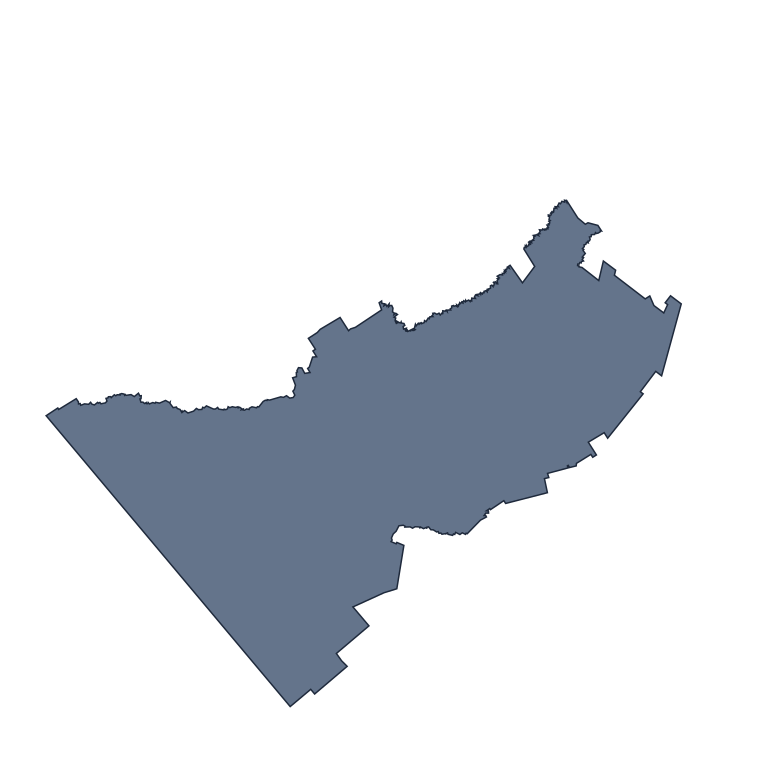 Brewarrina, New South Wales, Australia, rotated 230°
{"feature_id": "25037944B28138275471855", "entity_name": "Brewarrina", "entity_type": "district", "adm_level": 2, "iso_a3": "AUS", "parent_name": "Australia", "parent_adm1": "New South Wales", "projection": "natural_earth1", "projection_center": [147.252, -29.95], "detail": "fine", "context": "isolated", "style": "filled", "palette": "slate", "viewbox_px": 768, "rotation_deg": 230, "n_neighbors": 0, "source": "geoboundaries", "source_scale": "gbopen_adm2", "svg_char_len": 6171}
<svg xmlns="http://www.w3.org/2000/svg" viewBox="0 0 768 768"><g transform="rotate(230 384 384)"><path d="M386.6,639.2L406.5,641.8L405.7,640.9L407.4,641.4L408.8,640.4L407.2,639.3L409.6,637.7L408.6,635.1L410.1,634.5L408.8,631.4L407.8,631.5L409.3,629.7L408.0,629.3L409.5,628.8L408.4,628.2L409.3,627.1L406.7,624.5L406.8,623.5L408.1,623.6L407.7,621.4L406.8,621.8L406.1,620.3L407.9,618.5L406.8,617.7L405.8,618.5L403.8,616.0L402.4,616.4L402.7,614.9L401.5,615.0L400.5,613.9L401.0,612.9L399.9,612.7L401.0,611.0L398.3,610.6L398.7,609.3L397.6,609.3L399.2,606.9L398.2,607.0L398.8,605.8L400.8,605.1L400.3,604.0L402.2,602.2L400.4,601.6L400.0,599.8L399.0,600.0L400.0,598.1L398.4,597.8L400.1,597.0L401.7,594.1L400.2,594.6L400.5,593.2L399.0,592.4L398.8,590.7L398.0,590.8L398.9,589.5L397.8,588.3L399.6,587.9L399.7,586.5L397.7,587.2L398.8,585.7L397.0,585.7L397.9,584.4L397.1,583.8L397.3,582.0L398.6,582.2L397.5,581.0L399.0,581.0L397.8,579.8L398.4,579.1L397.5,577.9L377.2,575.0L372.5,555.1L393.9,556.9L394.1,554.8L392.2,554.3L394.2,553.5L393.0,551.8L393.6,550.8L392.2,550.1L393.5,549.4L391.6,548.7L392.7,548.1L391.4,547.1L392.7,545.7L391.4,544.9L393.2,543.3L393.8,540.0L391.2,540.5L391.8,538.6L390.7,539.0L390.6,537.2L387.6,535.5L388.7,534.5L389.3,535.6L390.9,534.9L390.6,533.9L392.1,533.0L390.1,533.2L388.8,531.3L389.5,530.7L388.8,530.2L390.5,530.0L390.8,528.6L388.9,527.1L390.0,524.3L388.4,524.7L389.8,523.5L388.3,522.3L390.0,522.0L390.7,520.1L389.6,519.4L390.3,518.3L389.7,517.3L391.3,516.9L390.5,515.8L391.9,516.2L391.5,515.1L392.9,512.7L391.4,512.6L393.4,511.3L392.6,509.3L390.8,509.0L393.4,506.4L391.2,504.5L392.4,503.9L391.8,503.0L393.9,502.8L394.5,500.2L395.7,500.4L394.7,499.0L396.5,498.6L396.0,497.8L396.8,496.8L395.5,496.4L396.7,495.8L396.6,494.1L397.6,494.2L396.8,492.8L396.1,493.3L396.9,492.2L395.9,491.0L397.8,490.6L396.3,489.8L397.9,489.2L398.5,487.6L399.4,487.8L400.2,485.9L398.8,484.9L399.0,483.0L397.8,482.7L400.2,479.7L399.0,479.0L400.7,479.0L400.5,477.7L402.3,476.1L399.7,473.9L401.1,474.2L400.7,471.4L402.9,471.7L403.4,469.3L405.8,468.4L406.8,466.8L405.7,466.4L405.5,464.7L404.2,464.8L406.0,462.4L404.9,460.6L406.1,460.3L404.8,456.3L406.5,455.8L405.2,454.2L405.9,452.1L406.7,452.1L406.4,451.2L407.6,451.0L407.2,449.2L408.5,449.3L407.9,446.1L409.6,446.5L407.0,442.9L407.3,442.1L405.6,442.8L405.8,441.3L406.8,440.2L407.7,441.3L408.3,438.9L407.1,438.2L408.4,438.4L408.9,436.1L411.0,436.8L409.4,435.7L410.6,434.7L411.7,435.1L410.6,435.4L412.3,437.1L413.5,434.3L415.7,435.6L415.5,437.6L417.5,438.2L419.4,436.6L420.6,437.1L420.1,436.0L422.1,434.4L422.5,432.4L424.3,432.9L423.3,434.4L425.7,433.5L427.0,435.4L428.8,434.6L428.6,439.0L430.6,438.5L430.8,436.2L431.7,437.5L433.8,436.9L436.3,439.6L439.2,440.4L440.3,439.0L440.2,437.3L442.1,439.4L441.6,436.1L443.8,436.6L444.0,434.3L445.1,436.0L447.1,434.2L449.1,435.5L449.4,432.5L442.3,429.8L445.8,398.5L447.7,393.8L447.6,391.1L463.2,393.1L466.9,370.3L466.3,366.0L467.6,355.4L454.7,353.8L455.0,350.8L448.2,349.9L450.5,346.6L445.0,337.7L445.0,335.5L440.3,334.7L443.1,330.1L449.1,331.4L451.5,329.0L450.2,325.9L448.9,325.4L449.2,324.2L445.9,321.7L447.5,318.0L440.0,315.4L437.4,311.8L437.1,309.6L432.8,308.5L432.0,305.8L433.8,302.7L437.7,301.8L438.4,298.4L440.5,296.7L445.2,286.0L447.1,284.5L446.6,283.8L447.9,282.6L448.3,280.2L446.9,273.4L448.0,272.5L447.7,271.1L451.4,268.2L452.0,265.3L451.2,264.3L453.2,262.7L453.6,260.3L454.7,259.4L455.3,260.2L456.0,258.2L456.4,259.2L459.0,258.5L459.5,257.0L460.4,257.5L461.5,255.2L464.1,253.2L465.0,250.7L466.8,250.0L465.6,248.2L466.0,246.3L467.5,245.4L467.1,244.7L470.9,241.3L473.0,241.5L473.2,238.8L474.4,237.3L481.4,233.9L481.3,230.9L482.7,230.2L481.6,228.1L483.6,225.4L485.9,224.6L485.6,220.7L487.8,215.2L491.8,214.2L492.0,211.9L492.9,212.0L492.3,210.9L495.6,211.4L498.1,209.9L499.8,210.2L501.4,207.3L506.8,207.6L507.6,208.5L507.5,207.7L511.8,206.1L513.7,199.7L516.8,197.3L516.4,196.2L518.4,195.0L519.6,191.4L521.3,191.5L521.1,189.9L522.2,189.1L522.6,189.8L523.0,188.0L525.1,187.7L526.2,186.1L529.4,187.4L528.9,188.4L531.1,190.5L531.9,189.3L534.8,190.0L534.9,184.6L538.5,183.4L541.1,179.1L542.3,179.0L542.1,178.1L543.4,178.4L545.3,176.9L546.0,175.1L545.3,174.8L547.3,172.7L547.4,171.0L549.1,170.5L548.9,166.3L550.0,166.5L551.4,164.7L550.8,163.6L551.7,161.8L549.0,160.8L548.6,158.5L550.8,154.4L552.5,154.5L552.9,152.9L554.0,152.8L554.1,148.7L556.3,147.3L558.6,147.5L558.3,144.7L561.3,141.8L562.6,138.0L564.3,138.7L565.1,137.2L566.7,138.4L570.6,138.8L573.6,118.4L575.3,118.7L576.9,104.8L197.2,104.8L197.2,131.6L191.1,131.6L191.4,174.3L199.2,173.6L208.2,174.3L208.4,217.0L233.2,216.9L224.1,249.8L218.9,262.2L247.6,295.5L254.4,292.0L253.8,290.6L258.7,288.1L259.2,289.9L261.2,290.7L263.2,294.7L263.4,298.6L265.8,304.3L263.4,308.0L261.5,308.7L261.0,308.0L257.7,312.2L255.2,313.2L254.7,316.0L252.0,319.0L250.7,319.0L251.0,320.0L247.8,321.3L246.9,324.2L245.7,323.7L246.7,324.9L245.9,326.3L242.2,326.2L240.6,328.0L236.8,329.2L236.1,330.7L234.3,330.1L233.2,331.8L231.7,331.8L229.8,335.0L229.0,334.6L229.6,335.4L229.1,337.0L227.7,336.4L223.9,339.3L224.5,340.8L223.3,341.5L224.3,343.5L219.9,345.4L219.7,348.3L216.4,349.8L216.9,351.0L215.8,351.5L217.7,370.4L216.3,377.0L217.9,377.4L218.9,376.2L219.7,378.9L217.9,381.1L219.6,382.4L221.0,381.0L220.6,384.9L219.3,384.8L217.6,400.8L214.3,400.4L195.7,439.3L208.4,446.1L206.4,450.1L210.4,451.8L201.3,471.3L203.4,471.8L203.3,472.8L200.7,472.5L197.7,478.6L199.5,480.4L197.1,497.2L193.7,496.8L193.1,501.1L208.1,503.1L205.2,521.4L198.7,520.5L209.9,576.2L213.3,575.4L219.0,600.3L211.8,601.9L254.3,663.2L267.4,660.2L265.5,651.6L262.5,652.3L258.6,644.0L270.6,641.2L280.6,644.2L281.3,638.8L319.2,630.4L322.3,634.6L337.2,631.1L325.2,615.0L346.0,610.6L348.4,608.7L349.0,609.3L350.3,608.4L351.3,609.5L350.4,610.6L351.2,612.0L350.0,612.9L350.9,614.0L350.0,615.9L352.0,615.9L352.5,618.1L353.8,617.5L354.6,622.1L358.3,622.3L358.6,623.5L360.1,623.0L360.5,625.7L362.0,626.7L361.2,628.3L362.3,630.1L360.8,631.2L362.3,631.9L361.6,633.4L362.3,634.9L364.6,635.9L363.7,637.4L365.1,638.8L363.1,641.5L364.0,643.3L362.8,643.4L361.9,645.2L361.6,647.7L362.4,648.3L361.5,649.0L368.0,649.8L376.4,643.9L377.0,640.9L386.6,639.2Z" fill="#64748b" stroke="#1e293b" stroke-width="1.5"/></g></svg>